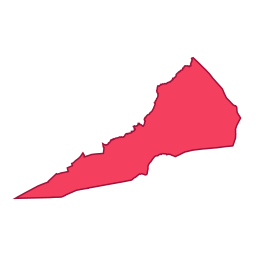 Xonacatlán, México, Mexico
{"feature_id": "50627088B38909261523609", "entity_name": "Xonacatlán", "entity_type": "district", "adm_level": 2, "iso_a3": "MEX", "parent_name": "Mexico", "parent_adm1": "México", "projection": "albers", "projection_center": [-99.477, 19.442], "detail": "fine", "context": "isolated", "style": "filled", "palette": "rose", "viewbox_px": 256, "rotation_deg": 0, "n_neighbors": 0, "source": "geoboundaries", "source_scale": "gbopen_adm2", "svg_char_len": 5690}
<svg xmlns="http://www.w3.org/2000/svg" viewBox="0 0 256 256"><path d="M193.1,57.7L192.3,58.1L191.9,58.1L191.8,58.3L192.0,58.9L191.7,59.0L192.0,59.4L192.0,59.6L192.2,59.9L191.7,61.0L191.8,61.6L191.3,62.0L191.3,62.3L190.7,63.9L190.9,65.7L190.2,65.8L189.6,66.5L189.2,66.1L188.8,66.4L188.6,66.1L187.9,66.1L187.5,66.0L187.3,65.8L186.4,66.0L185.1,65.8L184.2,66.5L184.1,67.0L183.7,67.9L182.7,68.2L182.6,69.1L182.5,69.8L180.8,70.4L180.2,71.4L179.7,71.3L179.4,71.8L178.9,71.8L178.6,72.4L178.3,72.4L178.1,72.7L177.3,73.3L176.2,74.5L176.3,75.1L175.9,76.2L175.6,77.0L174.9,77.2L174.3,78.0L173.4,78.2L172.9,78.2L172.7,78.5L172.7,78.8L173.1,79.4L172.9,79.7L172.3,79.7L172.3,80.0L171.9,80.3L170.9,81.3L170.5,81.3L170.2,82.0L169.4,81.9L169.0,82.3L168.6,82.3L168.0,82.7L167.7,82.6L167.4,82.7L166.4,83.8L165.5,83.7L165.0,83.5L164.6,83.6L163.8,84.0L163.1,84.1L162.7,83.9L161.8,84.5L161.2,84.3L160.8,84.4L160.9,84.9L160.1,85.2L159.1,86.2L158.0,85.8L157.7,86.1L157.8,86.6L157.4,87.2L157.3,87.9L157.2,88.3L157.3,88.9L156.7,90.6L156.9,91.4L157.0,91.9L157.1,92.5L158.1,93.5L157.9,93.8L158.0,94.4L157.9,94.7L158.0,95.4L157.9,96.4L157.6,97.2L157.4,97.8L156.7,98.6L156.5,99.2L156.1,100.2L156.1,100.4L155.7,100.7L155.4,101.3L155.2,101.4L155.2,101.7L155.0,102.3L155.1,102.6L154.5,102.9L154.9,103.4L155.2,103.6L155.0,104.6L153.9,107.4L153.2,109.0L152.3,110.7L151.3,112.0L150.4,112.4L149.6,113.5L149.5,114.2L149.4,114.3L149.0,114.3L147.7,114.8L146.5,116.0L146.2,116.7L145.4,117.2L145.5,117.8L144.9,117.9L144.3,119.2L144.6,119.4L144.5,120.3L144.7,120.6L145.2,120.9L145.2,121.3L144.6,122.2L144.6,123.2L144.2,124.5L143.6,125.5L143.4,126.1L142.9,126.0L142.6,126.1L141.4,124.9L140.3,124.6L139.5,124.5L139.6,123.7L139.1,123.3L138.2,123.4L138.1,124.4L137.7,124.9L137.7,125.5L136.7,125.9L136.2,125.9L135.8,126.4L134.9,126.3L134.6,125.9L133.4,126.4L134.1,127.5L134.4,128.9L134.9,128.7L135.3,129.3L135.1,129.7L134.4,129.9L134.4,130.6L133.6,131.2L133.2,131.2L133.0,131.5L132.7,131.5L132.3,131.7L132.0,131.3L131.5,131.4L131.7,132.1L131.3,132.1L131.2,132.8L130.6,133.0L130.2,133.2L129.7,133.3L129.4,133.1L128.6,133.4L127.9,133.6L127.9,133.8L127.7,134.1L127.4,134.1L127.2,133.8L127.0,133.5L125.9,133.9L125.7,134.2L124.8,135.4L124.4,136.4L123.7,137.1L123.3,136.8L122.2,137.3L121.8,137.1L121.4,136.9L120.9,137.4L120.6,137.4L120.0,136.9L117.7,137.9L115.9,138.1L115.2,138.5L114.8,138.6L114.4,139.1L113.7,139.4L113.4,138.9L112.8,139.2L113.0,139.5L112.6,139.8L111.5,140.0L111.2,139.8L110.8,140.2L110.6,140.4L110.7,140.7L110.8,140.9L110.7,141.2L110.5,141.3L110.3,141.4L109.9,142.0L109.7,142.4L109.5,142.7L109.3,142.6L108.9,142.7L108.7,142.9L108.5,143.0L108.4,143.1L108.3,143.3L108.2,143.6L108.2,143.9L107.9,144.4L107.5,144.5L107.3,144.7L106.6,144.7L106.4,144.8L106.3,145.1L106.0,145.2L105.5,144.9L105.2,144.8L105.1,144.7L104.9,144.7L104.6,144.8L102.8,143.7L103.0,144.6L103.1,145.3L103.3,146.8L103.3,147.0L103.9,147.3L103.9,149.2L103.4,153.4L100.2,153.7L98.6,153.8L97.0,153.9L93.9,154.2L91.1,154.6L90.3,155.0L86.8,156.1L84.3,156.9L84.2,156.0L84.3,155.5L84.0,154.8L83.6,154.5L83.3,153.5L82.9,152.9L80.4,156.6L78.9,158.1L77.0,159.6L75.5,160.7L73.3,162.9L71.7,163.5L72.4,165.7L69.9,166.8L67.3,167.9L67.8,170.0L68.3,171.5L65.1,172.2L63.6,172.5L60.9,173.0L59.4,173.6L57.3,174.2L57.0,174.1L56.6,173.7L56.4,173.7L56.0,174.1L53.9,176.1L50.8,179.0L48.2,181.4L48.4,182.0L45.3,183.1L43.4,183.8L40.7,184.9L37.8,186.1L35.6,187.3L34.2,188.0L31.5,189.5L30.2,190.2L27.5,191.6L25.1,192.9L21.5,194.9L17.8,196.9L15.4,198.3L51.3,197.5L51.8,197.3L53.6,197.3L55.7,197.2L57.8,197.2L59.7,197.1L61.5,197.0L65.4,195.3L66.0,194.8L66.0,194.7L67.1,194.3L67.8,194.0L69.2,193.4L69.4,193.3L70.1,193.0L70.8,192.7L72.0,192.2L73.3,191.6L74.2,191.2L75.5,190.7L76.2,190.3L76.4,190.2L77.3,190.1L78.3,189.9L79.5,189.7L80.1,189.5L81.2,189.3L81.6,189.3L81.9,189.2L85.0,188.7L86.4,188.5L88.0,188.3L87.9,188.1L89.2,187.8L94.9,186.8L107.4,184.5L120.4,182.2L120.9,182.1L123.6,181.6L129.7,180.4L130.4,180.3L130.9,180.2L131.5,180.0L131.9,179.8L132.4,179.4L133.5,178.4L134.0,177.9L134.6,177.6L135.1,177.4L136.0,176.8L137.0,176.0L137.4,175.6L137.9,175.3L138.3,174.8L138.5,174.6L139.3,174.1L139.5,174.0L139.8,174.2L140.2,174.2L140.8,174.0L141.3,173.8L141.8,173.7L142.0,173.8L142.7,174.0L143.7,174.3L144.2,174.4L144.6,174.7L145.0,174.8L145.5,174.9L146.0,174.8L146.5,174.6L146.9,174.2L147.1,173.6L147.2,172.8L147.4,171.8L147.7,170.0L148.0,168.9L148.0,168.0L147.9,167.2L148.0,166.3L148.2,165.5L148.5,164.8L149.2,163.6L149.9,162.6L150.7,161.8L151.3,161.0L152.1,159.8L153.0,158.5L153.7,157.8L154.2,157.0L154.9,156.4L155.3,156.1L155.7,155.9L156.5,155.8L157.8,155.7L158.1,155.4L158.4,155.2L158.7,155.0L158.8,154.9L159.0,154.7L159.4,154.5L159.8,154.5L160.1,154.4L160.6,154.2L160.9,154.0L161.2,154.1L161.3,154.2L161.5,154.3L161.7,154.1L162.1,153.7L163.0,153.6L164.1,153.9L164.4,153.9L164.7,153.7L166.1,153.8L166.4,154.6L166.5,154.7L166.9,154.7L167.5,154.4L168.2,154.2L169.6,154.3L170.8,154.5L171.2,155.0L172.7,155.5L174.5,156.2L175.3,156.6L176.6,156.0L179.4,154.7L182.2,153.3L185.0,151.9L185.8,151.8L188.6,151.1L192.3,150.2L195.2,149.8L198.1,149.5L201.0,149.1L204.0,148.8L206.9,148.6L209.8,148.3L214.1,147.9L217.0,147.7L220.0,147.3L224.5,146.7L228.4,146.3L232.7,145.9L233.0,145.4L234.5,141.0L235.5,138.0L235.7,133.7L235.5,132.3L235.6,131.3L235.5,129.1L236.6,125.8L236.6,125.7L238.9,121.2L240.6,118.0L239.6,116.5L237.3,112.7L236.9,110.7L236.8,108.0L236.6,107.0L235.7,105.9L235.1,105.7L234.8,105.7L233.3,105.0L231.3,103.0L229.4,100.9L226.4,97.9L224.3,93.6L222.4,89.0L220.5,86.8L218.8,84.9L215.8,81.6L212.8,78.2L211.1,76.0L209.3,73.7L207.2,71.5L205.9,70.1L205.4,69.6L203.7,68.0L201.7,66.0L199.7,64.0L198.3,62.6L196.5,60.9L194.8,59.3L193.1,57.7Z" fill="#f43f5e" stroke="#9f1239" stroke-width="1.5"/></svg>